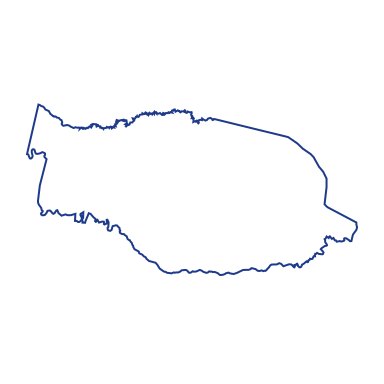 Río Chico, Tucumán, Argentina (Robinson projection), rotated 182°
{"feature_id": "61730980B68338717287929", "entity_name": "Río Chico", "entity_type": "district", "adm_level": 2, "iso_a3": "ARG", "parent_name": "Argentina", "parent_adm1": "Tucumán", "projection": "robinson", "projection_center": [-65.661, -27.448], "detail": "fine", "context": "isolated", "style": "outline", "palette": "blue", "viewbox_px": 384, "rotation_deg": 182, "n_neighbors": 0, "source": "geoboundaries", "source_scale": "gbopen_adm2", "svg_char_len": 6069}
<svg xmlns="http://www.w3.org/2000/svg" viewBox="0 0 384 384"><g transform="rotate(182 192 192)"><path d="M31.0,148.5L29.7,155.0L26.4,159.9L25.8,162.4L26.6,165.3L26.7,167.3L55.4,181.2L56.8,182.1L59.1,184.4L57.7,201.4L58.0,210.1L61.6,216.8L66.0,221.7L71.7,231.1L74.7,234.0L82.8,239.2L88.4,244.2L97.8,250.2L171.7,265.6L172.6,265.7L173.0,265.0L174.0,264.7L174.7,265.9L176.4,266.7L178.7,265.8L179.4,264.6L181.0,263.9L183.1,264.8L184.4,265.8L184.6,264.2L186.2,264.5L188.2,263.7L187.6,261.4L188.1,260.9L190.0,263.4L190.8,263.0L191.0,262.4L192.2,262.6L193.1,262.1L192.9,263.9L193.4,264.8L192.8,265.7L193.1,266.0L194.8,265.8L194.1,267.5L194.3,267.9L195.0,267.8L195.6,269.1L195.0,270.9L195.3,271.8L196.9,271.5L199.4,272.3L200.0,270.9L202.0,271.6L201.7,272.9L202.1,273.4L203.3,272.2L205.0,272.3L206.3,271.2L206.7,271.4L207.3,272.5L208.2,272.4L209.0,273.1L211.3,271.7L212.1,273.9L213.0,273.7L213.5,272.8L213.9,273.1L214.8,272.7L215.3,271.5L214.7,270.7L216.4,271.1L217.1,270.2L218.3,270.8L218.7,270.0L220.9,270.0L221.5,269.3L223.6,270.0L223.9,269.3L223.5,268.8L222.2,269.1L221.8,268.8L222.5,268.1L224.7,268.0L226.7,269.8L228.2,269.1L229.5,269.2L230.5,270.5L231.0,270.4L230.8,269.7L232.2,271.0L232.7,269.9L232.4,269.3L232.5,268.7L233.3,269.7L234.4,268.2L234.8,269.1L236.1,268.6L236.8,269.3L237.4,269.1L237.5,268.7L237.2,268.5L237.5,268.4L237.7,269.3L238.1,268.9L238.0,267.7L238.2,267.3L238.8,268.1L239.3,267.7L239.7,267.9L240.2,268.6L239.8,269.1L241.2,269.9L241.5,269.5L241.1,269.0L241.8,268.3L242.8,268.2L244.2,268.9L244.1,267.9L246.8,267.3L248.0,265.2L249.3,265.3L249.6,266.0L250.2,265.1L250.7,265.1L251.0,264.1L252.0,263.3L253.8,263.5L253.3,262.5L252.1,262.1L252.3,261.3L253.3,260.5L254.1,259.4L256.1,259.3L256.9,257.1L259.3,256.3L260.1,255.2L260.4,255.3L260.1,255.9L258.4,257.1L259.1,258.0L260.5,257.3L260.9,257.4L260.1,258.0L259.6,258.9L260.0,261.3L260.6,261.4L260.9,261.0L261.6,261.4L261.9,260.7L262.5,261.2L263.0,260.7L263.8,260.9L263.6,261.7L266.3,261.1L267.0,260.5L269.8,261.3L270.1,260.2L269.2,260.5L268.3,259.6L268.9,258.5L270.1,258.7L270.2,257.8L269.6,257.6L269.9,257.1L271.2,256.9L270.6,255.2L271.7,255.6L272.5,254.8L272.0,253.7L273.1,253.9L274.3,252.9L274.6,254.2L275.2,254.0L275.3,254.4L275.7,254.5L276.4,254.0L276.9,253.1L277.5,253.9L278.7,253.5L279.4,254.1L280.3,252.9L282.7,252.7L282.8,252.0L283.7,252.9L284.5,252.7L285.2,253.5L285.7,253.2L285.8,252.3L286.2,253.7L285.8,254.1L285.9,254.4L286.8,254.3L288.0,255.0L288.9,254.5L288.5,255.7L289.2,255.9L290.0,255.4L290.1,256.3L293.6,256.5L294.9,255.7L293.9,254.9L295.0,253.0L295.6,253.6L295.3,254.1L296.3,254.1L297.0,253.8L297.5,252.9L298.0,252.9L298.3,252.2L299.8,252.4L300.6,251.4L301.6,252.0L302.2,251.6L302.7,252.4L303.7,252.4L303.8,251.7L305.0,252.5L306.2,251.3L306.0,252.2L306.7,252.0L307.3,252.5L308.2,252.2L310.9,252.6L312.4,251.8L315.6,253.1L316.9,254.0L319.1,254.6L322.9,253.7L323.7,254.1L324.6,255.5L324.1,256.9L324.9,259.2L326.1,259.7L327.6,261.3L329.9,261.8L330.9,262.7L332.5,262.5L333.0,263.1L333.5,263.0L336.3,265.2L337.9,267.9L341.4,269.3L342.7,271.2L343.9,272.2L345.6,272.6L346.7,273.4L348.5,274.0L358.2,224.1L357.3,224.0L356.8,223.4L355.3,220.0L354.4,219.8L353.6,220.1L352.8,221.3L352.5,222.4L353.6,226.3L353.5,228.2L352.8,229.0L351.7,229.2L350.8,228.4L349.9,225.7L349.1,224.8L347.6,224.7L345.1,225.4L343.0,226.6L340.7,225.8L340.2,225.2L340.1,224.0L340.8,223.0L340.7,221.9L338.5,219.7L344.3,193.3L345.6,177.9L345.6,176.5L344.7,174.1L342.2,170.9L341.5,168.5L340.5,167.7L340.9,166.6L342.2,165.3L341.8,164.1L340.7,163.5L338.4,163.8L336.7,165.9L335.8,168.1L333.8,168.5L332.9,168.4L330.5,165.7L329.6,165.4L328.6,166.1L326.9,168.8L326.0,169.1L324.6,166.2L321.5,163.8L317.6,165.2L315.6,164.5L312.3,164.6L307.8,166.1L307.9,159.0L306.3,159.1L305.0,158.1L303.7,158.1L302.4,159.1L301.2,160.7L301.3,162.5L302.4,164.6L302.0,164.7L302.6,165.0L302.6,166.2L299.9,168.0L299.9,162.4L301.0,160.2L300.2,158.7L300.4,157.6L297.8,157.5L297.4,159.2L294.4,167.2L292.5,166.5L289.7,163.4L287.6,161.8L287.4,161.2L287.9,159.6L287.1,158.8L286.6,159.1L286.0,160.9L285.6,161.0L283.8,158.2L280.9,159.3L279.1,159.3L278.9,158.9L278.9,156.9L278.3,156.5L276.0,157.6L276.3,161.2L275.6,161.3L274.3,158.9L274.4,154.1L275.1,153.4L275.0,151.9L274.5,150.8L272.4,150.3L271.1,151.2L270.1,155.1L267.1,156.0L265.9,156.0L263.1,153.3L263.0,151.7L262.3,150.8L262.9,149.7L262.5,148.6L260.4,147.5L258.6,147.6L257.8,146.7L255.7,145.4L254.8,142.9L253.5,141.9L252.4,141.6L252.0,140.6L250.5,139.1L249.7,137.0L249.0,136.3L248.8,135.1L247.4,132.8L243.2,130.7L242.6,128.9L239.6,127.7L237.6,125.8L236.2,125.3L235.2,123.7L232.6,121.6L225.9,120.0L223.9,117.8L221.6,114.3L217.3,111.5L215.5,111.2L214.2,110.4L209.6,110.0L207.3,111.0L206.5,110.7L204.9,111.1L203.2,111.1L201.6,111.7L199.5,113.4L195.5,113.9L194.1,113.3L192.4,111.4L191.5,111.2L190.4,111.4L188.5,112.8L187.5,112.4L185.0,112.7L181.5,114.4L179.5,113.7L177.9,112.6L174.9,111.7L173.3,112.1L172.0,113.3L170.7,113.0L169.6,113.2L168.4,112.7L166.6,112.9L163.4,111.8L161.5,110.2L160.2,110.0L157.8,110.5L156.2,111.2L155.2,112.0L152.7,112.7L151.2,112.0L147.5,111.5L144.3,112.7L138.2,115.9L132.6,116.2L130.7,117.0L130.3,117.7L129.6,118.0L125.7,117.1L123.7,115.6L121.7,115.4L119.8,116.1L118.0,115.4L116.7,115.9L115.9,115.7L114.6,116.8L113.9,118.0L112.8,118.9L111.2,121.4L109.8,122.3L104.6,122.6L102.4,123.9L100.4,123.3L98.1,121.0L92.6,123.1L90.5,123.1L89.7,122.7L87.8,120.6L87.1,120.3L86.6,121.1L87.0,122.6L85.5,122.8L85.0,123.8L84.4,124.0L83.9,123.3L83.5,121.8L82.0,120.5L81.3,120.5L80.2,121.1L79.5,123.2L77.6,124.4L75.0,126.8L74.4,126.8L74.1,126.0L73.5,126.2L73.1,127.9L72.1,128.3L71.8,129.4L69.8,129.2L69.2,129.6L68.2,132.0L66.8,132.0L67.0,133.4L66.7,134.5L65.8,134.5L64.9,135.5L62.9,134.5L59.6,134.3L58.9,134.7L58.5,135.9L58.6,136.5L61.3,139.4L60.7,140.2L57.5,142.6L55.7,143.0L55.2,143.5L55.4,144.2L57.1,146.5L57.3,148.4L57.8,149.5L56.8,150.2L55.9,152.2L53.8,150.8L53.4,152.0L52.7,152.5L50.5,150.0L49.0,151.0L47.6,148.7L46.4,148.6L45.6,147.4L42.6,148.1L41.0,147.7L38.6,148.4L38.1,148.9L38.4,150.6L38.0,151.1L36.3,151.1L33.3,149.3L32.5,148.4L31.0,148.5Z" fill="none" stroke="#1e3a8a" stroke-width="2"/></g></svg>